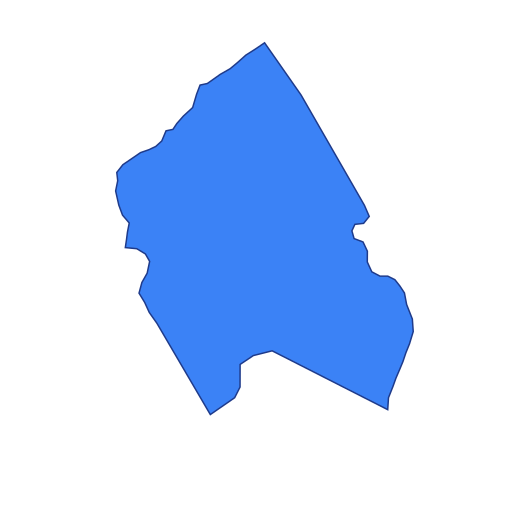 outline of Passagem, Paraíba, Brazil, rotated 337°
{"feature_id": "56859067B98745987234759", "entity_name": "Passagem", "entity_type": "district", "adm_level": 2, "iso_a3": "BRA", "parent_name": "Brazil", "parent_adm1": "Paraíba", "projection": "natural_earth1", "projection_center": [-37.042, -7.122], "detail": "fine", "context": "isolated", "style": "filled", "palette": "blue", "viewbox_px": 512, "rotation_deg": 337, "n_neighbors": 0, "source": "geoboundaries", "source_scale": "gbopen_adm2", "svg_char_len": 1023}
<svg xmlns="http://www.w3.org/2000/svg" viewBox="0 0 512 512"><g transform="rotate(337 256 256)"><path d="M347.2,63.1L336.1,65.3L325.2,67.1L314.3,70.8L305.3,73.5L294.2,74.8L278.6,78.2L271.3,76.8L264.5,83.9L255.7,94.6L243.9,98.8L234.9,103.1L229.0,107.0L222.1,105.6L214.2,113.3L206.5,116.0L198.6,116.3L190.1,115.7L179.8,117.8L169.2,119.9L160.5,124.7L158.1,132.7L152.2,141.3L149.6,155.5L149.1,166.2L152.2,176.1L147.0,183.8L143.2,190.3L139.0,197.2L149.1,202.7L155.0,210.9L156.0,219.4L149.1,229.3L140.6,235.8L133.8,244.5L135.4,255.2L135.7,266.3L138.5,279.2L152.0,384.1L181.0,378.1L190.1,370.4L199.0,349.6L214.6,346.6L233.8,349.6L317.2,448.9L322.6,438.2L331.1,429.6L337.1,423.1L344.6,415.9L350.0,410.6L356.1,403.7L363.0,396.8L371.2,387.0L375.3,375.1L375.7,359.5L378.2,348.0L376.7,339.8L374.6,332.1L369.4,326.0L362.3,323.0L356.4,315.8L356.1,305.0L360.4,295.1L360.0,284.9L353.1,278.3L354.1,270.3L359.4,265.5L367.8,268.0L375.7,263.8L375.6,251.7L360.4,125.5L347.2,63.1Z" fill="#3b82f6" stroke="#1e3a8a" stroke-width="1.5"/></g></svg>